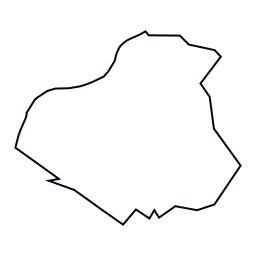 Oldham, Kentucky, United States of America
{"feature_id": "52423323B72151792801838", "entity_name": "Oldham", "entity_type": "district", "adm_level": 2, "iso_a3": "USA", "parent_name": "United States of America", "parent_adm1": "Kentucky", "projection": "albers", "projection_center": [-85.487, 38.405], "detail": "fine", "context": "isolated", "style": "outline", "palette": "ink", "viewbox_px": 256, "rotation_deg": 0, "n_neighbors": 0, "source": "geoboundaries", "source_scale": "gbopen_adm2", "svg_char_len": 737}
<svg xmlns="http://www.w3.org/2000/svg" viewBox="0 0 256 256"><path d="M15.4,147.7L58.9,178.9L48.8,180.8L74.1,189.9L85.8,198.2L104.0,211.3L107.8,213.9L118.0,221.1L123.1,224.6L135.9,209.5L149.4,218.5L154.3,210.2L159.1,217.6L175.3,206.2L197.1,210.2L214.4,204.5L240.6,165.6L213.9,128.6L209.7,96.9L200.5,83.5L220.8,56.7L214.6,50.1L188.9,44.6L179.8,35.6L148.7,35.3L145.5,31.4L145.3,31.5L139.9,34.5L129.3,39.2L126.7,40.6L124.1,42.5L120.6,45.8L119.2,47.6L117.1,52.2L116.0,55.3L114.9,60.3L113.8,62.4L108.4,71.3L103.7,76.6L92.2,82.1L85.7,84.6L79.8,86.4L69.2,88.2L55.3,88.6L47.3,90.9L37.1,97.7L34.7,99.9L26.5,113.0L26.7,114.2L25.8,117.9L20.5,129.9L18.6,135.2L18.1,137.1L15.4,147.6L15.4,147.7Z" fill="none" stroke="#020617" stroke-width="2"/></svg>